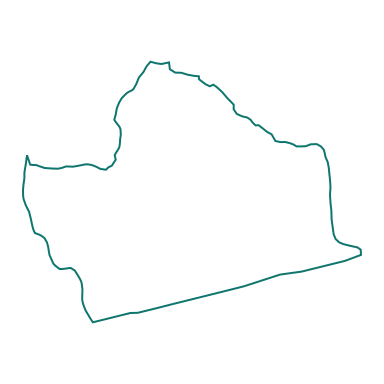 outline of Bomachoge Borabu, Nyanza, Kenya
{"feature_id": "3690345B98322463475232", "entity_name": "Bomachoge Borabu", "entity_type": "district", "adm_level": 2, "iso_a3": "KEN", "parent_name": "Kenya", "parent_adm1": "Nyanza", "projection": "orthographic", "projection_center": [34.745, -0.906], "detail": "fine", "context": "isolated", "style": "outline", "palette": "teal", "viewbox_px": 384, "rotation_deg": 0, "n_neighbors": 0, "source": "geoboundaries", "source_scale": "gbopen_adm2", "svg_char_len": 2188}
<svg xmlns="http://www.w3.org/2000/svg" viewBox="0 0 384 384"><path d="M198.8,76.3L194.3,75.9L187.6,74.7L181.5,72.8L175.2,72.6L172.7,71.0L169.9,69.3L169.0,62.4L161.5,64.0L156.2,63.3L150.5,61.7L146.6,66.3L143.4,72.1L138.9,77.5L136.4,83.8L133.9,88.3L132.5,90.0L129.1,91.7L127.5,92.6L125.8,94.0L121.9,98.0L119.2,102.4L117.1,107.6L116.4,110.3L116.0,113.3L114.3,119.8L115.7,121.9L117.0,123.6L119.4,126.7L120.5,129.2L120.8,134.7L120.1,139.7L120.0,142.4L119.4,146.9L118.2,149.4L116.2,152.5L114.7,155.1L115.7,159.7L113.5,163.0L111.9,165.6L108.3,167.4L106.0,169.7L100.8,169.0L99.1,168.3L97.2,167.2L94.0,165.8L91.2,164.9L87.3,164.3L84.5,164.5L81.2,165.2L77.7,165.9L72.8,166.7L66.3,166.4L61.5,168.0L57.9,168.7L51.9,168.5L44.7,168.0L38.7,166.0L36.5,165.1L32.8,165.0L30.2,164.6L27.0,155.2L25.8,164.1L25.0,169.0L24.6,171.0L24.4,173.4L24.4,178.0L24.0,181.3L23.6,183.6L23.0,189.7L23.1,194.8L23.3,197.4L23.7,199.4L25.8,205.3L29.1,211.8L30.6,217.9L31.2,220.4L31.7,222.9L33.0,228.5L34.0,231.1L34.9,233.0L38.9,234.5L41.3,235.7L44.5,238.1L47.0,242.5L48.2,247.0L48.7,250.4L49.5,255.0L50.7,257.7L53.3,263.6L55.3,265.7L59.6,269.0L62.1,269.0L64.9,268.7L70.5,267.9L74.7,270.4L77.7,275.1L80.1,279.2L81.2,281.6L81.7,283.5L82.4,289.1L82.4,291.4L82.3,293.9L82.2,299.5L82.6,302.1L83.4,304.8L85.6,310.5L89.6,317.2L91.2,319.8L92.9,322.3L130.3,313.0L137.8,312.8L154.1,308.8L172.2,304.2L195.5,298.4L234.8,288.6L243.9,286.3L280.0,274.6L301.6,271.6L344.9,260.9L361.0,254.9L360.7,249.7L357.5,247.4L353.3,246.5L348.9,245.5L343.3,244.1L339.1,242.3L335.6,239.0L333.7,234.4L333.0,229.5L332.3,224.6L331.6,219.2L331.4,211.1L330.5,203.2L330.0,194.6L330.5,187.4L330.2,182.5L329.8,177.8L329.3,173.2L328.8,168.0L327.7,162.0L325.6,157.3L324.7,153.1L323.7,149.6L320.9,146.4L316.7,144.1L310.7,144.3L305.8,146.2L300.9,146.4L296.5,146.4L293.5,144.5L289.7,143.1L285.1,142.0L280.5,142.1L275.4,141.0L274.0,138.5L271.6,134.3L267.2,132.0L262.5,128.2L258.6,125.2L255.5,125.4L252.7,122.6L250.4,119.6L247.2,117.5L242.3,116.4L236.9,114.0L233.7,109.4L233.7,104.7L230.2,101.0L227.6,98.4L225.0,95.4L222.5,92.4L219.0,89.1L216.4,86.8L213.2,84.7L209.9,86.3L205.5,84.2L202.2,81.7L199.1,79.3L198.8,76.3Z" fill="none" stroke="#0f766e" stroke-width="2"/></svg>